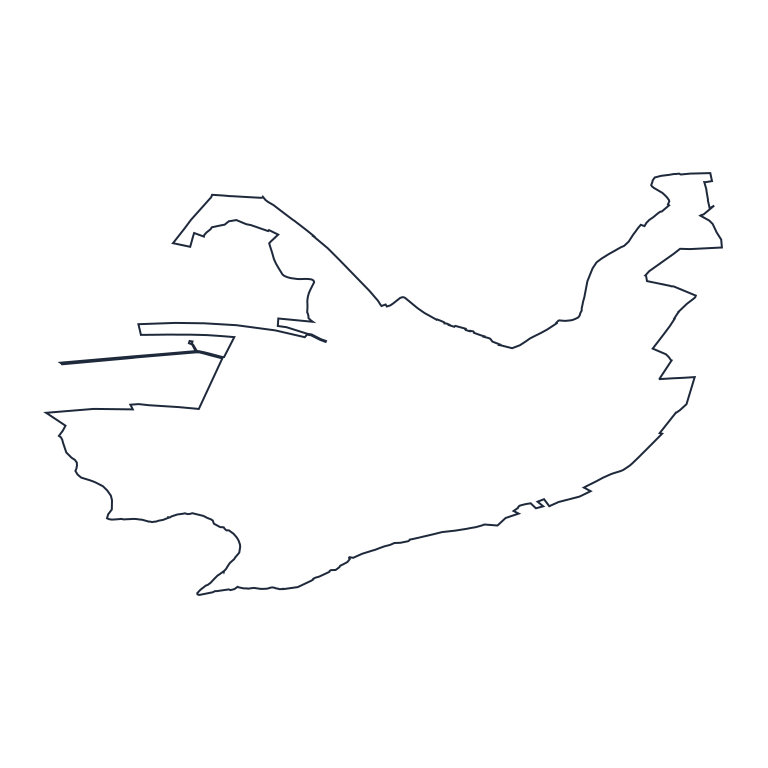 outline of Koknese, Kokneses, Latvia
{"feature_id": "27541924B15582250394198", "entity_name": "Koknese", "entity_type": "district", "adm_level": 2, "iso_a3": "LVA", "parent_name": "Latvia", "parent_adm1": "Kokneses", "projection": "robinson", "projection_center": [25.431, 56.651], "detail": "fine", "context": "isolated", "style": "outline", "palette": "slate", "viewbox_px": 768, "rotation_deg": 0, "n_neighbors": 0, "source": "geoboundaries", "source_scale": "gbopen_adm2", "svg_char_len": 6105}
<svg xmlns="http://www.w3.org/2000/svg" viewBox="0 0 768 768"><path d="M645.4,275.4L649.2,271.2L654.1,267.7L673.7,253.8L680.1,248.8L689.8,249.1L721.9,247.5L721.2,239.6L716.6,232.3L712.7,224.0L709.3,220.6L700.3,215.6L701.0,215.2L703.6,214.4L714.2,205.6L709.7,208.3L707.9,200.5L708.0,199.8L706.5,191.1L706.4,189.5L704.3,182.1L705.3,182.2L712.0,181.1L710.3,173.1L690.3,173.6L680.7,174.5L679.1,173.6L676.2,174.0L674.1,174.0L668.8,174.9L661.3,175.8L654.7,177.5L652.7,180.4L652.3,182.2L651.2,185.1L651.9,186.3L653.7,187.8L662.4,192.9L665.0,195.3L667.1,197.5L668.9,200.0L669.3,201.4L667.9,204.4L669.1,205.3L661.8,211.5L660.2,211.7L657.7,213.5L653.4,217.1L649.3,219.9L646.4,222.9L644.5,226.1L640.8,224.8L637.9,228.2L635.4,231.7L633.0,234.9L628.7,241.6L624.1,245.9L621.0,247.2L608.6,254.2L601.7,258.5L596.6,262.3L592.6,268.3L587.4,281.2L584.3,297.4L583.1,301.6L582.4,305.2L581.7,308.2L581.7,310.6L580.4,312.9L579.7,315.4L578.3,317.4L574.9,319.1L571.8,320.2L565.3,320.9L559.1,320.4L558.3,320.8L556.3,322.8L556.7,323.3L547.1,329.6L541.2,332.8L530.2,338.3L526.4,341.0L522.9,343.3L519.8,345.3L512.1,348.2L500.7,345.3L499.3,345.1L499.9,344.5L492.4,341.6L490.4,338.9L488.8,338.1L483.8,336.8L484.2,336.3L481.4,335.5L474.1,332.9L474.2,332.6L473.3,331.4L470.1,330.8L469.9,331.3L465.1,329.8L464.8,330.0L465.6,328.7L455.3,325.9L454.3,326.8L449.0,325.1L449.3,324.7L446.6,323.5L446.1,323.5L444.4,323.4L444.3,322.4L441.5,321.1L437.1,319.4L436.7,319.8L428.5,315.2L424.5,313.0L417.6,308.2L405.1,297.9L403.8,297.3L402.3,297.2L400.2,297.9L393.1,303.5L390.3,305.4L386.8,306.5L385.6,304.5L381.5,306.0L380.1,304.2L378.1,300.9L369.4,290.8L339.3,259.8L327.7,248.2L313.7,236.5L313.4,236.3L313.9,236.1L306.6,230.2L294.5,220.9L292.7,219.7L281.6,211.3L273.5,205.1L268.0,201.9L265.4,199.9L262.9,196.8L262.5,197.6L260.8,197.8L251.5,197.3L232.4,196.2L229.5,196.1L224.4,195.6L212.1,194.8L211.2,197.2L191.0,219.8L184.6,228.4L173.0,243.2L190.2,246.8L192.9,237.0L194.1,233.0L203.9,236.6L204.3,234.9L206.6,232.4L208.6,230.8L210.5,229.3L211.8,227.3L221.7,225.2L224.6,224.7L228.8,221.3L235.6,220.2L236.5,220.1L241.2,222.1L246.3,224.2L250.9,225.1L268.2,231.1L269.0,230.1L278.2,234.6L270.7,241.6L269.2,243.3L270.1,246.4L272.1,252.6L273.9,259.0L275.9,263.5L278.4,267.8L281.4,272.7L282.5,274.5L284.3,275.9L287.4,277.2L290.7,278.1L297.3,279.0L300.9,279.1L304.6,278.9L308.6,279.0L311.3,279.4L312.8,280.0L313.9,281.2L314.1,282.3L310.5,289.4L308.8,293.3L307.8,297.0L307.3,301.1L307.5,306.3L307.2,312.5L307.7,313.3L308.4,315.8L308.5,318.1L310.9,320.4L312.8,321.8L278.3,318.5L277.8,326.0L286.5,327.2L307.4,333.8L311.7,334.5L320.9,339.2L326.0,341.0L325.6,341.9L320.2,339.9L311.1,335.3L307.0,334.6L304.8,337.2L275.4,330.4L236.5,325.2L204.3,323.3L175.5,322.9L138.4,324.2L140.4,332.5L140.9,334.9L151.9,334.8L167.6,334.6L191.4,334.7L199.8,334.9L207.0,335.1L220.5,336.0L234.3,337.1L224.1,357.0L222.7,357.1L216.6,355.5L211.3,354.1L210.8,353.9L210.3,353.8L204.2,352.3L198.4,351.1L197.7,351.1L197.3,351.0L196.8,350.7L196.4,350.3L193.4,345.2L191.8,343.2L192.5,341.5L189.6,341.0L188.9,343.2L191.6,344.2L192.5,345.1L195.1,350.1L194.7,351.2L158.5,354.3L134.0,356.3L60.4,362.7L61.4,363.4L62.0,364.3L132.5,357.9L136.4,357.4L186.0,353.2L196.6,352.3L199.5,352.4L204.4,353.6L210.4,355.3L220.1,357.8L222.3,358.4L198.8,409.0L196.2,408.7L178.7,407.1L148.7,405.2L138.7,404.1L130.4,404.7L132.8,409.4L93.7,408.9L46.1,412.8L65.5,425.7L62.8,430.7L58.9,435.9L61.0,437.4L62.3,439.9L62.9,442.4L66.3,452.5L71.5,457.7L74.8,459.8L76.8,462.5L77.0,465.4L76.4,468.6L75.4,470.9L77.6,474.6L81.2,477.6L90.3,480.4L94.6,482.0L102.9,486.2L107.1,490.3L110.9,495.7L112.0,500.3L111.8,509.5L108.2,514.3L107.0,518.3L109.2,519.2L111.8,519.6L115.7,519.4L121.4,518.9L123.6,519.4L134.0,518.9L137.0,519.1L139.4,519.5L142.0,519.7L148.8,521.6L150.1,521.6L152.1,522.1L154.1,521.7L155.7,521.7L158.2,520.8L163.3,519.8L168.1,517.9L168.2,517.2L169.8,517.5L171.5,516.4L177.3,514.5L183.2,513.7L184.9,513.3L187.5,514.1L190.0,513.9L192.3,513.2L203.4,515.9L207.2,517.9L211.1,519.4L212.8,520.6L213.9,523.7L220.2,527.1L223.7,527.3L224.6,528.7L226.3,530.3L228.8,530.3L233.6,533.8L237.0,537.8L238.6,540.6L239.9,544.3L240.2,546.7L239.3,552.4L238.7,553.3L236.2,556.3L235.5,557.0L234.1,559.2L230.6,562.3L229.6,563.3L227.5,566.5L226.1,568.9L224.1,571.0L223.8,572.0L223.5,571.4L219.4,574.4L217.6,575.5L214.0,579.1L210.8,582.6L207.9,584.8L205.8,585.6L200.4,589.8L197.3,593.1L197.4,594.2L198.4,594.8L199.6,594.9L212.6,592.3L215.1,591.1L217.0,591.1L228.8,589.4L230.4,590.1L234.4,589.1L237.6,586.8L238.2,587.2L243.1,588.3L247.9,588.5L248.1,588.7L249.9,588.4L253.8,587.9L257.2,588.4L258.5,588.5L260.1,588.9L265.8,588.8L267.9,588.5L270.7,587.6L272.8,587.4L275.3,588.0L276.0,588.4L277.3,588.5L279.2,589.1L281.2,589.1L283.0,588.8L283.1,589.1L284.9,588.9L297.8,587.1L298.8,586.6L311.1,580.8L313.2,579.5L313.2,578.8L315.6,577.6L319.0,576.7L329.3,571.9L329.7,570.9L331.0,570.1L335.6,570.0L339.4,567.2L340.1,565.8L343.2,564.3L347.5,562.0L349.8,559.0L349.0,557.8L349.5,557.2L353.2,557.8L362.1,553.8L372.3,550.6L375.1,549.8L380.1,547.9L384.2,546.4L390.1,544.9L392.8,543.7L394.4,543.0L400.3,542.8L408.2,541.2L409.5,540.3L409.7,539.6L413.4,538.9L433.6,534.2L442.0,532.1L455.4,530.6L466.8,528.8L470.7,528.0L475.7,527.2L482.4,525.3L484.4,524.5L494.8,525.3L497.5,525.5L505.6,518.0L518.7,513.6L513.6,511.0L518.0,507.9L518.3,507.0L519.4,505.8L522.0,505.0L526.2,504.0L530.7,503.3L535.9,508.3L543.2,506.3L537.6,501.7L544.0,499.2L549.3,506.2L558.6,502.0L579.5,496.6L590.6,491.2L585.0,488.1L583.9,487.6L586.8,486.0L596.3,481.3L603.0,477.7L608.8,475.1L610.8,474.2L613.3,473.3L620.2,471.2L621.5,470.7L622.9,470.1L624.1,469.4L628.3,466.6L630.0,465.4L632.6,463.1L638.1,457.8L649.7,446.2L662.1,433.7L659.7,433.1L676.0,412.5L676.4,412.6L680.0,410.1L686.5,404.2L694.7,377.1L683.5,377.8L672.7,378.3L659.7,379.1L659.6,378.6L671.6,360.4L670.9,360.1L668.9,357.2L666.0,354.3L652.7,348.6L658.1,341.6L664.7,333.0L669.9,326.0L674.6,318.8L674.2,318.6L677.3,313.8L678.6,312.1L678.4,311.9L686.8,303.9L693.6,298.7L695.2,297.3L695.8,295.6L684.5,290.9L673.6,286.4L671.1,286.3L670.7,286.0L647.0,281.1L646.0,275.5L645.4,275.4Z" fill="none" stroke="#1e293b" stroke-width="2"/></svg>